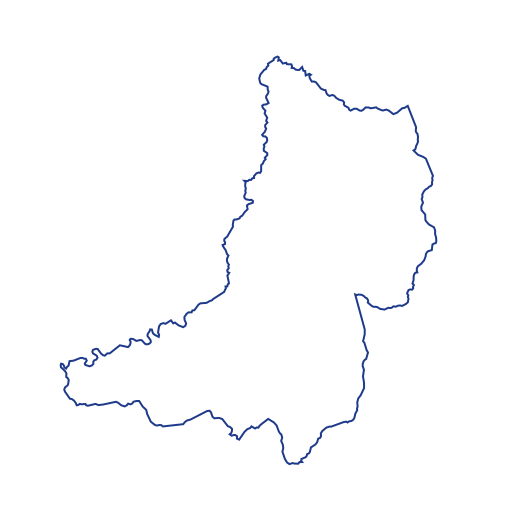 Itacajá, Tocantins, Brazil, rotated 279°
{"feature_id": "56859067B1314671145459", "entity_name": "Itacajá", "entity_type": "district", "adm_level": 2, "iso_a3": "BRA", "parent_name": "Brazil", "parent_adm1": "Tocantins", "projection": "albers", "projection_center": [-47.679, -8.502], "detail": "fine", "context": "isolated", "style": "outline", "palette": "blue", "viewbox_px": 512, "rotation_deg": 279, "n_neighbors": 0, "source": "geoboundaries", "source_scale": "gbopen_adm2", "svg_char_len": 6022}
<svg xmlns="http://www.w3.org/2000/svg" viewBox="0 0 512 512"><g transform="rotate(279 256 256)"><path d="M362.9,418.2L378.7,408.6L380.0,405.8L381.3,400.1L384.9,395.1L386.4,396.7L390.0,397.0L392.4,397.8L394.7,398.1L396.4,397.5L398.6,397.5L401.9,396.4L403.2,394.9L404.7,394.2L408.2,394.0L428.0,382.4L425.4,379.3L424.9,377.4L419.6,372.9L417.6,369.5L420.4,364.4L421.0,361.9L419.6,358.7L419.7,357.0L420.7,353.1L421.6,351.4L419.8,346.2L420.3,344.3L419.9,341.0L417.0,338.8L415.9,337.3L415.9,335.6L417.2,332.3L416.8,329.9L414.4,326.7L415.1,325.1L416.9,324.1L418.3,320.1L419.4,319.1L421.5,319.0L423.0,317.3L423.3,313.8L424.8,310.3L426.5,308.3L427.0,306.3L425.6,303.5L426.4,301.6L427.6,300.3L430.7,298.7L430.6,297.1L431.5,293.9L436.9,288.1L437.4,286.0L437.0,283.8L440.2,281.2L442.5,280.5L443.6,281.8L444.3,280.2L442.1,276.9L446.4,275.6L446.4,273.8L449.9,272.0L446.6,269.7L446.2,267.7L446.4,265.7L447.5,264.1L447.3,261.8L449.2,261.9L450.8,261.0L450.3,256.5L451.6,255.7L450.3,252.4L453.3,249.2L452.5,247.4L455.7,247.5L456.3,246.0L455.1,244.1L453.8,242.7L452.3,242.8L447.8,237.7L446.0,238.4L444.2,237.0L442.1,236.6L441.3,235.1L435.9,231.9L431.9,231.4L427.8,233.0L426.6,234.4L425.1,240.9L422.0,241.6L420.3,242.7L418.3,242.4L415.4,241.0L413.9,241.2L409.1,244.5L407.4,242.5L406.7,239.9L405.5,238.6L403.5,239.5L400.9,242.6L398.2,242.2L394.4,245.4L391.0,244.9L389.7,246.4L386.7,244.6L384.8,244.9L383.5,246.1L380.1,245.3L376.6,243.1L375.4,244.5L375.5,246.7L374.3,248.3L372.0,249.0L370.1,248.6L367.1,246.3L365.3,247.2L363.3,246.8L361.1,247.3L359.4,251.0L357.4,251.4L354.4,249.3L353.1,250.4L351.0,248.9L348.6,248.4L346.5,246.9L340.7,247.8L338.8,247.1L338.8,245.3L337.7,243.5L334.5,241.5L332.7,241.9L332.2,240.2L330.4,239.3L330.2,237.5L328.7,236.1L328.4,232.7L327.1,234.3L325.5,234.1L323.2,234.4L321.0,235.4L318.8,235.2L316.9,235.9L313.2,235.0L311.4,235.7L310.4,237.4L310.3,240.8L310.8,242.8L309.8,244.4L308.1,244.5L306.1,240.6L304.5,239.1L300.9,240.4L297.5,237.9L293.7,236.1L292.3,234.4L290.5,233.8L288.9,230.7L288.7,229.1L287.4,228.2L282.9,228.2L281.5,228.7L270.6,224.5L267.9,222.1L265.9,222.3L264.7,223.3L262.9,223.5L261.7,221.3L260.2,222.1L256.9,225.2L253.3,227.1L252.2,228.7L248.9,227.8L246.9,228.0L244.9,228.9L243.2,230.6L241.5,230.2L239.7,231.0L237.5,229.8L235.8,230.4L235.2,232.2L232.2,230.8L224.8,233.6L223.7,232.6L221.5,232.4L221.1,230.7L219.5,231.3L215.5,230.1L206.7,220.3L205.2,219.3L204.6,217.8L202.0,214.5L200.5,208.4L198.9,206.8L192.8,203.6L192.3,201.7L190.3,201.2L189.7,198.0L188.0,196.5L184.5,194.8L181.6,195.5L178.4,197.6L176.0,197.1L174.3,195.2L175.4,190.3L177.6,186.4L176.5,184.8L179.2,182.1L174.9,177.3L175.2,175.0L173.9,172.5L171.5,171.3L167.2,171.2L164.9,171.3L163.1,172.6L160.9,172.6L162.3,168.3L163.6,166.3L167.1,164.6L166.9,162.9L165.3,162.7L161.9,161.2L160.1,161.3L156.3,165.1L154.6,165.6L153.1,164.8L152.1,163.3L151.6,161.8L152.0,160.0L154.9,156.4L154.9,154.7L153.4,151.1L154.8,147.5L154.6,145.1L153.2,144.4L151.9,145.5L150.3,145.7L148.1,145.3L146.0,143.9L146.5,135.5L137.0,126.8L136.5,124.3L133.9,122.3L134.1,120.4L135.4,118.2L139.3,114.3L139.3,112.5L137.8,109.7L135.9,109.3L134.3,110.2L132.7,114.2L130.8,115.4L128.7,114.5L127.7,112.6L126.3,111.9L123.9,112.2L122.3,111.1L121.0,108.9L121.7,104.5L123.0,103.7L126.2,105.2L127.9,104.0L127.7,102.2L128.2,100.5L127.8,98.5L124.1,92.2L123.0,88.3L118.4,88.0L116.9,86.7L115.1,86.0L115.9,84.3L118.0,83.2L119.1,81.9L119.1,80.3L117.3,80.2L115.6,80.8L112.4,85.5L110.4,87.1L106.8,87.5L106.0,89.1L104.3,90.4L100.1,90.5L98.7,90.1L96.3,87.9L94.2,87.5L92.3,88.4L86.0,94.5L85.8,96.8L84.6,99.0L82.7,100.9L80.5,102.3L81.2,104.0L82.4,105.1L82.2,106.8L83.2,110.7L82.0,111.6L81.8,113.4L84.8,120.6L84.1,123.7L85.4,128.3L90.1,140.5L89.5,142.8L87.5,146.2L86.9,149.9L88.4,151.8L90.2,152.8L89.8,155.0L90.9,156.8L92.9,157.8L94.1,160.6L94.5,163.3L89.6,167.6L86.8,171.7L83.0,173.2L75.9,178.0L73.2,182.8L73.1,184.9L74.0,187.1L74.1,189.0L73.1,190.7L78.5,210.4L80.8,211.7L82.7,213.5L84.3,217.0L95.2,231.9L95.9,234.3L94.7,235.9L90.4,238.2L89.2,240.2L90.3,244.8L89.7,248.2L83.6,254.7L83.0,257.2L81.5,259.4L79.3,259.6L77.2,259.2L75.8,257.9L74.7,260.1L75.7,262.0L75.9,263.7L74.9,265.6L72.7,265.7L72.0,268.1L80.4,272.1L83.5,274.4L85.3,277.3L87.0,278.2L85.5,282.1L86.8,283.5L86.8,285.2L88.6,285.9L90.6,287.5L97.0,293.5L94.4,299.7L91.8,302.9L86.4,305.9L84.8,307.2L83.7,308.9L80.7,310.3L77.3,309.8L74.0,311.9L70.5,313.0L66.9,312.7L60.1,316.3L56.9,319.0L55.7,321.6L57.2,324.6L57.0,326.6L57.5,330.3L59.3,331.2L59.7,333.8L61.0,332.6L62.6,332.6L65.1,336.6L66.7,337.4L68.4,337.5L69.4,339.3L71.2,339.9L75.5,340.2L79.2,344.2L81.5,345.5L85.3,346.0L86.3,347.7L88.2,348.4L90.9,347.8L93.3,348.7L97.4,352.2L99.0,355.2L99.2,356.9L105.6,368.4L106.5,370.9L105.9,372.5L107.2,373.8L108.0,376.0L109.4,377.6L111.5,378.5L115.9,378.8L119.6,380.1L121.0,379.6L123.2,379.9L127.3,378.9L131.3,379.3L134.9,381.2L142.4,383.4L147.8,382.5L153.8,380.5L160.5,380.4L164.0,378.6L166.0,378.3L168.7,378.7L170.5,379.7L171.5,380.9L178.2,381.7L180.5,379.9L187.3,376.6L188.6,375.1L195.7,375.6L200.4,374.9L233.5,360.0L233.2,361.6L234.0,363.5L234.2,366.2L233.4,368.7L232.1,370.4L231.7,371.9L230.4,373.2L229.0,373.9L227.5,373.7L224.6,378.5L224.2,380.5L224.6,382.1L224.4,384.1L223.2,386.7L223.2,388.8L223.2,391.3L225.6,394.9L225.6,396.7L226.1,398.1L227.8,399.6L227.8,402.1L229.1,403.9L229.7,406.2L229.5,408.1L232.1,411.6L234.0,413.2L237.7,413.3L239.2,412.4L241.0,412.6L242.6,411.1L244.6,411.5L246.3,412.1L247.1,413.6L247.2,415.5L248.6,416.3L250.2,415.9L252.1,416.5L253.2,414.9L256.8,415.4L260.7,414.9L262.6,415.1L264.4,416.0L265.0,417.9L266.7,417.1L269.1,416.8L271.2,417.5L274.2,420.4L278.0,422.7L282.0,423.6L284.4,423.5L286.3,424.2L287.6,425.1L289.3,428.7L295.0,428.5L296.1,429.8L296.8,431.5L298.8,431.8L302.7,430.9L305.8,429.4L309.1,429.0L312.2,427.3L314.2,421.9L316.5,419.0L318.0,417.7L323.5,416.6L327.2,412.3L330.6,411.5L334.8,412.6L338.2,410.7L340.0,411.2L342.7,410.6L346.1,411.7L348.2,413.1L350.0,415.2L351.6,416.2L352.4,417.7L354.2,418.7L356.4,418.3L358.5,418.5L360.6,417.8L362.9,418.2Z" fill="none" stroke="#1e3a8a" stroke-width="2"/></g></svg>